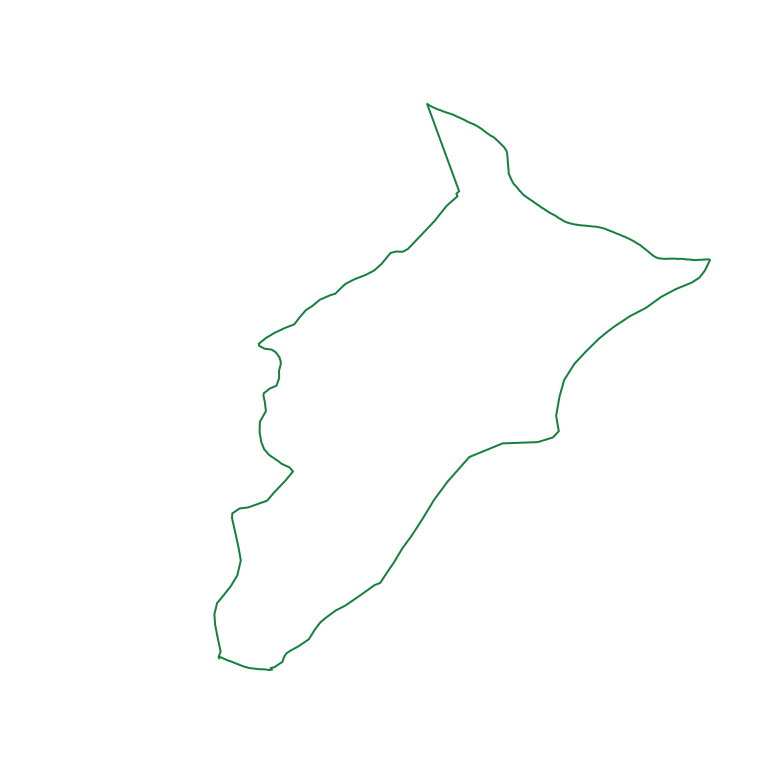 the district of Monchy/Malgretoute, Dauphin, Saint Lucia, rotated 133°
{"feature_id": "8701671B92631226508247", "entity_name": "Monchy/Malgretoute", "entity_type": "district", "adm_level": 2, "iso_a3": "LCA", "parent_name": "Saint Lucia", "parent_adm1": "Dauphin", "projection": "orthographic", "projection_center": [-60.922, 14.041], "detail": "fine", "context": "isolated", "style": "outline", "palette": "green", "viewbox_px": 768, "rotation_deg": 133, "n_neighbors": 0, "source": "geoboundaries", "source_scale": "gbopen_adm2", "svg_char_len": 6096}
<svg xmlns="http://www.w3.org/2000/svg" viewBox="0 0 768 768"><g transform="rotate(133 384 384)"><path d="M71.1,230.1L71.3,231.5L76.3,236.3L76.9,236.8L77.5,237.5L78.2,238.1L78.8,238.8L79.4,239.3L80.3,239.9L80.9,240.7L82.0,241.8L82.8,243.0L83.4,243.7L84.1,244.8L84.5,245.4L85.3,246.2L86.1,247.1L86.6,247.7L86.9,248.2L87.2,248.6L87.5,249.1L88.1,249.8L88.7,250.7L89.3,251.4L90.0,252.3L90.6,252.9L90.9,253.3L91.8,254.1L92.2,254.5L92.8,255.2L93.2,255.8L93.5,256.2L93.8,256.6L94.5,257.4L95.0,258.0L96.0,258.9L96.8,259.8L97.5,260.5L97.9,260.8L98.5,261.5L98.8,261.9L99.2,262.2L100.0,263.0L100.5,263.5L101.0,264.1L101.4,264.4L102.3,265.7L102.8,266.3L103.2,266.9L103.6,267.3L104.4,268.5L104.7,268.9L104.9,269.3L105.2,269.9L105.5,270.6L105.9,271.7L106.1,272.5L106.3,273.3L106.5,274.4L106.6,275.2L106.7,275.9L106.8,277.1L106.8,278.5L106.9,279.3L106.9,279.8L106.9,280.8L107.0,281.6L107.0,282.2L107.1,283.3L107.2,284.3L107.2,285.3L107.4,286.6L107.5,287.6L107.6,288.6L107.6,289.3L107.5,289.9L107.8,291.7L108.0,292.5L108.1,293.0L108.4,294.3L108.6,295.0L108.8,296.2L109.0,297.3L109.2,298.3L109.4,299.3L109.7,300.3L110.0,301.5L110.3,302.6L110.6,303.7L110.8,304.2L111.1,305.1L111.3,305.7L111.6,306.5L112.3,308.7L112.7,309.7L113.1,310.5L113.3,311.2L113.6,312.2L113.8,312.7L114.1,313.6L114.3,314.4L114.5,314.8L114.8,315.2L115.0,315.6L115.2,316.1L115.4,316.7L116.0,318.4L116.2,319.0L116.4,319.6L116.6,320.1L117.2,321.6L117.5,322.3L117.7,322.7L118.1,323.9L118.5,324.8L118.7,325.3L119.1,326.3L119.3,327.0L119.5,327.4L119.7,328.0L119.9,328.5L120.4,329.5L120.7,330.0L120.9,330.4L121.2,330.9L121.4,331.4L121.7,332.0L122.2,332.8L122.4,333.2L122.8,333.8L123.2,334.4L123.6,335.1L124.1,335.8L124.5,336.4L125.1,337.1L125.6,337.7L126.1,338.5L126.7,339.1L127.5,340.2L128.1,341.0L128.5,341.6L129.0,342.2L129.3,342.6L130.0,343.5L130.3,344.0L131.2,345.1L131.5,345.5L131.9,346.0L132.5,346.7L133.1,347.6L134.4,349.1L134.8,349.8L135.1,350.2L135.4,350.7L135.7,351.1L136.2,351.9L136.8,352.7L137.3,353.4L137.6,354.0L137.9,354.5L138.3,355.1L138.6,355.8L139.0,356.4L139.5,357.2L139.9,358.0L140.1,358.5L140.3,358.9L140.9,360.0L141.1,360.5L141.7,362.2L141.9,362.7L142.1,363.3L142.2,363.8L142.4,364.4L142.6,365.9L142.8,366.9L143.1,368.1L143.3,368.6L143.5,369.7L143.5,370.2L143.8,371.8L143.9,372.5L144.4,375.0L144.6,375.4L144.9,376.7L145.2,377.8L145.4,378.5L145.7,379.7L145.9,380.4L146.1,381.7L146.3,382.4L146.5,383.1L146.4,383.9L146.7,384.6L146.9,386.4L147.0,387.1L147.2,388.1L147.4,388.9L147.6,389.7L147.6,390.2L147.8,391.2L147.7,391.7L147.8,392.3L148.3,394.4L148.3,394.9L148.4,395.9L148.6,397.0L148.7,397.7L148.8,398.3L148.9,399.3L148.9,399.8L149.1,401.1L149.3,401.7L149.5,402.7L149.6,403.7L149.8,404.6L149.8,405.6L150.1,406.7L150.2,407.8L150.2,408.3L150.5,410.0L150.5,412.1L150.5,412.6L150.4,413.4L150.2,414.7L150.2,415.3L150.2,416.7L150.0,417.7L149.9,418.2L149.7,418.9L149.6,420.1L149.5,420.7L149.5,421.2L149.4,422.6L149.3,423.2L149.3,424.1L149.3,424.7L149.2,425.4L149.1,425.9L148.7,427.1L148.2,428.8L147.7,430.2L147.5,430.6L147.2,431.2L146.9,432.1L146.7,432.5L146.4,433.3L145.8,434.4L145.6,434.9L145.3,435.8L145.0,436.4L144.5,436.9L143.4,437.9L143.1,438.3L142.4,439.0L142.0,439.4L141.5,440.1L141.1,440.6L140.6,441.1L139.5,442.2L139.2,442.6L138.6,443.4L137.6,444.4L137.2,444.8L136.8,445.3L136.0,446.2L135.4,446.7L135.0,447.2L134.2,448.0L133.6,448.7L132.7,449.8L131.7,450.9L130.8,452.1L130.5,452.6L129.9,453.6L129.7,454.6L129.5,455.4L129.3,456.1L129.1,456.8L128.9,457.9L128.8,458.4L128.8,461.2L128.7,463.5L128.7,465.7L128.5,466.9L128.7,468.0L128.6,469.4L128.7,470.0L128.7,470.9L128.8,472.2L128.8,472.7L129.1,473.8L129.4,474.4L129.7,475.3L129.8,476.3L129.8,477.1L129.9,477.8L130.1,478.8L130.2,479.5L130.3,480.5L130.4,481.1L130.6,482.6L130.7,483.9L130.7,484.6L130.8,485.5L130.9,486.6L131.1,487.6L131.6,490.2L131.7,491.2L131.9,491.9L132.0,492.4L132.2,493.3L132.4,494.0L132.8,495.2L133.2,496.4L133.4,496.8L133.6,497.4L133.9,498.2L134.1,498.7L134.4,499.5L134.6,500.1L135.0,501.5L135.3,502.2L135.5,503.2L135.9,504.9L136.7,507.4L137.2,508.9L137.7,510.4L137.9,510.9L138.4,512.3L139.0,514.2L139.1,514.9L139.3,515.3L139.5,515.8L140.0,517.2L140.5,518.6L140.7,519.0L141.2,520.0L141.5,520.7L141.7,521.1L141.9,521.5L142.1,522.0L142.5,522.6L142.9,523.6L143.4,524.6L143.7,525.5L144.0,526.0L144.2,526.5L145.0,528.8L145.2,529.2L145.4,529.7L145.6,530.1L145.8,530.5L146.1,531.1L146.4,531.9L146.7,532.5L147.0,533.3L147.4,534.9L147.8,535.8L148.3,537.3L148.5,538.2L148.7,538.9L149.0,539.7L149.2,540.5L149.4,541.5L149.6,542.8L149.5,544.0L191.8,460.5L195.5,460.8L196.7,458.3L210.8,459.7L230.4,458.2L253.2,458.4L268.9,458.6L274.4,460.4L279.0,465.6L283.7,468.6L297.8,467.7L307.6,468.6L316.7,471.8L327.9,477.2L336.8,480.4L343.4,480.9L351.3,481.2L355.1,483.6L366.2,488.4L374.9,489.5L376.1,489.7L383.2,491.5L392.3,491.2L401.6,490.3L410.4,494.6L421.5,499.0L430.8,501.7L439.8,503.0L441.2,501.4L439.7,495.6L435.5,489.6L434.6,484.9L435.9,478.3L437.0,476.9L437.3,475.8L439.5,473.3L445.9,469.8L451.2,464.7L458.5,461.5L465.5,464.5L472.8,465.6L474.8,464.2L478.1,459.3L484.3,451.9L496.3,449.0L503.8,442.4L510.1,434.2L513.5,427.1L514.2,419.2L512.5,408.6L512.2,404.5L509.4,396.0L510.1,390.9L521.9,390.2L538.6,390.4L549.0,389.9L567.1,399.3L573.4,404.7L582.1,406.7L585.8,403.6L594.4,391.0L603.2,378.3L610.7,368.4L624.0,360.8L636.0,358.2L651.0,357.0L658.0,356.7L668.1,351.0L675.1,343.5L682.3,333.6L691.1,321.0L696.6,318.7L696.9,317.6L695.5,317.7L692.6,309.5L691.3,306.7L688.5,299.5L686.2,293.8L683.6,288.8L677.3,280.3L673.8,276.3L671.1,272.4L669.4,271.3L669.0,273.0L665.7,271.0L656.5,268.8L652.3,270.7L651.7,270.7L650.5,271.3L647.5,271.6L642.5,270.5L634.7,267.8L621.9,264.9L610.0,267.2L601.7,268.0L594.5,267.1L582.4,264.8L572.8,261.3L557.8,257.9L540.8,254.4L537.4,253.7L532.1,251.1L520.0,253.2L508.0,255.0L491.7,258.5L476.2,260.3L456.5,263.8L435.0,268.3L412.7,270.9L379.2,271.8L346.6,256.8L321.7,232.0L307.9,224.0L299.3,224.0L289.9,236.4L273.6,247.0L258.1,255.0L239.2,258.5L222.9,258.5L204.0,257.7L191.2,255.9L189.6,255.5L186.1,255.0L167.0,250.5L149.5,244.3L131.2,240.7L115.6,235.3L99.9,228.1L91.3,225.9L82.1,226.7L71.1,230.1Z" fill="none" stroke="#15803d" stroke-width="2"/></g></svg>